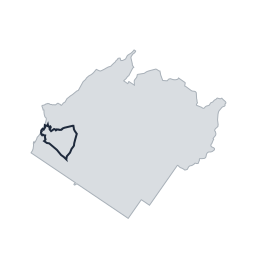 location of Al Ganab, Red Sea, Sudan, rotated 214°
{"feature_id": "16777658B97228063474151", "entity_name": "Al Ganab", "entity_type": "district", "adm_level": 2, "iso_a3": "SDN", "parent_name": "Sudan", "parent_adm1": "Red Sea", "projection": "robinson", "projection_center": [36.252, 19.345], "detail": "medium", "context": "in_parent", "style": "outline", "palette": "slate", "viewbox_px": 256, "rotation_deg": 214, "n_neighbors": 0, "source": "geoboundaries", "source_scale": "gbopen_adm2", "svg_char_len": 4799}
<svg xmlns="http://www.w3.org/2000/svg" viewBox="0 0 256 256"><g transform="rotate(214 128 128)"><path d="M166.6,196.1L164.7,196.1L164.5,195.6L164.6,194.2L164.8,193.2L165.5,191.5L165.3,190.6L165.4,189.3L164.9,187.9L160.4,183.7L159.5,182.5L157.1,181.5L157.6,180.3L156.6,171.7L157.1,170.7L157.2,169.1L157.2,167.8L157.8,165.6L157.9,164.7L153.1,164.6L153.0,165.6L153.3,166.6L153.2,167.0L146.6,167.1L149.2,170.5L149.4,171.9L149.2,173.8L149.2,175.0L149.4,175.7L150.1,177.3L150.0,177.5L149.9,177.9L145.1,182.4L144.3,184.5L143.7,185.6L142.3,187.4L138.0,192.3L137.3,192.6L134.0,192.7L133.7,192.9L133.4,193.1L130.5,190.2L125.8,186.8L122.6,188.6L121.8,189.2L121.7,190.9L121.3,191.7L120.4,192.6L118.1,193.2L116.9,193.7L115.5,194.6L114.1,196.1L114.0,196.9L114.1,197.7L106.1,197.6L105.6,197.0L104.5,194.5L103.6,194.7L96.4,194.4L95.3,194.6L93.2,195.7L92.2,195.8L91.1,195.4L87.3,190.4L86.5,189.8L85.6,188.6L84.8,188.0L84.5,187.7L84.5,187.1L84.5,186.0L84.2,185.3L83.6,185.2L78.5,186.3L77.7,186.2L76.7,186.4L76.3,186.6L75.9,187.3L75.8,188.7L75.6,189.3L75.2,190.1L73.7,191.8L73.4,192.5L73.5,194.4L73.4,195.4L73.1,195.8L72.5,196.5L72.3,196.9L72.0,199.3L71.2,200.8L71.0,201.3L70.9,202.3L70.8,202.7L68.5,203.5L67.6,204.0L67.1,204.8L66.9,205.2L65.9,204.9L64.7,204.7L62.2,204.4L61.3,204.0L60.8,203.5L61.0,202.0L60.7,201.7L60.4,201.4L60.1,200.8L60.2,200.1L61.4,198.4L61.7,197.5L62.1,193.3L62.0,192.0L61.0,189.6L58.7,185.5L58.2,184.7L55.3,181.4L55.0,180.9L54.3,179.5L55.1,176.4L55.1,175.5L55.0,174.6L54.2,174.0L53.6,173.9L52.7,173.1L52.2,172.7L51.7,172.0L51.3,170.9L51.6,167.3L51.5,166.8L50.7,166.6L50.6,166.4L50.6,165.7L50.2,163.6L49.8,161.9L50.0,160.9L49.4,159.6L48.3,159.1L45.9,159.5L45.2,159.4L44.7,159.2L44.4,158.7L44.2,158.1L44.4,157.3L45.0,155.7L45.9,154.5L47.6,153.3L48.0,152.7L48.3,152.0L48.4,151.2L48.3,150.4L48.1,149.6L47.6,148.6L47.2,147.4L47.2,146.6L47.4,146.1L47.8,145.4L49.5,144.0L51.2,142.9L51.5,142.5L51.4,142.0L50.7,141.1L50.4,139.3L50.0,138.1L50.9,137.1L51.5,136.8L52.5,136.5L52.9,136.1L53.1,135.4L53.0,134.6L53.4,134.1L53.9,133.0L54.3,132.4L55.6,131.1L55.9,130.2L56.0,129.4L55.7,126.9L56.5,125.8L57.4,124.9L58.8,125.0L61.0,124.8L62.4,124.4L63.5,124.5L65.8,124.9L66.1,124.7L66.2,124.1L67.0,76.0L76.8,76.0L76.9,75.9L77.3,53.2L138.7,53.2L139.2,53.1L140.2,51.0L140.6,50.8L141.2,50.9L141.4,51.4L140.9,53.2L194.5,53.2L194.6,55.8L195.1,57.8L196.6,60.8L197.9,62.4L198.3,63.3L198.4,63.7L198.3,64.1L197.9,63.6L197.3,63.3L197.2,64.7L197.5,67.6L198.1,69.6L197.7,71.4L197.7,74.6L198.4,78.3L198.3,80.7L199.4,86.3L200.5,89.4L201.1,90.2L201.8,90.6L203.1,90.8L205.0,92.4L206.5,94.1L207.0,94.9L207.8,95.9L208.3,95.7L208.6,95.5L209.1,96.2L211.5,97.9L211.8,98.7L211.0,99.4L210.0,100.7L209.5,102.0L209.2,102.3L208.4,103.1L208.3,103.5L207.9,103.7L207.6,103.7L206.8,104.1L206.0,104.0L205.3,104.2L205.0,104.5L204.4,104.8L203.6,104.9L202.4,105.9L201.3,106.4L200.9,106.9L200.3,108.9L199.9,109.4L198.3,109.5L197.5,109.7L196.5,109.4L195.9,109.5L195.8,109.9L195.6,111.7L195.6,112.4L194.7,114.4L195.0,118.2L194.1,121.0L194.0,121.6L193.1,123.8L192.7,124.7L191.5,128.8L191.1,130.1L190.2,131.4L191.1,141.4L190.3,144.5L190.4,146.2L189.8,148.6L189.4,149.8L188.6,151.1L188.0,152.7L187.5,154.7L187.1,158.5L187.0,158.9L184.1,159.3L183.2,159.6L182.6,160.0L181.9,161.0L180.4,163.7L179.6,165.4L178.4,167.6L177.0,169.3L176.7,170.0L176.5,171.5L176.0,173.8L175.5,175.4L175.6,176.7L175.1,179.0L175.2,180.1L174.7,180.7L174.0,181.3L173.6,181.5L171.6,179.9L170.2,181.0L169.3,182.5L168.6,183.9L169.0,187.1L169.0,187.8L168.8,188.5L167.4,191.6L167.0,193.0L166.6,195.5L166.6,196.1Z" fill="#d9dde1" stroke="#a8b0b8" stroke-width="1"/><path d="M165.3,88.8L167.2,94.5L170.5,95.8L172.1,96.7L172.8,97.5L174.5,99.3L175.0,99.0L180.9,92.6L181.0,92.4L181.9,91.1L182.1,90.6L181.9,90.2L182.5,88.9L183.1,88.7L183.9,88.0L184.6,88.0L184.8,87.7L186.2,87.1L186.2,86.2L186.5,85.7L187.5,86.1L188.7,85.8L190.0,82.4L191.9,83.0L192.5,83.3L192.3,85.1L192.8,85.7L193.4,85.9L193.9,84.7L195.6,85.2L196.3,85.9L196.1,85.0L196.1,84.5L198.5,83.9L197.8,82.9L197.1,82.3L197.0,79.4L198.2,79.4L198.2,79.5L198.3,79.6L198.2,79.8L198.3,79.8L198.4,79.5L198.4,79.4L198.4,79.5L198.4,79.4L198.4,78.9L198.4,78.7L198.4,78.4L198.4,78.2L198.5,77.9L198.4,77.8L198.5,77.8L198.5,77.7L198.4,77.7L198.4,77.8L198.4,77.7L198.4,77.8L198.4,77.7L198.3,77.4L198.2,77.1L198.1,76.9L198.0,76.7L197.9,76.6L197.9,76.3L197.8,76.2L197.7,75.9L197.7,75.7L196.3,74.3L195.1,74.0L194.9,74.9L193.1,75.1L192.5,75.5L192.4,75.3L192.2,74.5L192.0,74.2L191.4,73.7L190.8,72.9L190.6,72.8L190.2,72.7L189.9,72.3L190.1,71.2L190.1,70.6L190.2,70.3L186.9,70.2L184.7,71.2L174.7,70.1L168.4,68.2L165.1,68.1L161.7,67.5L161.8,67.6L161.8,67.8L161.9,68.0L162.0,68.5L162.3,69.0L162.5,69.5L162.6,69.8L162.9,70.2L162.3,75.1L163.1,79.2L162.9,82.4L163.0,83.3L163.6,84.4L164.1,85.4L165.3,88.8Z" fill="none" stroke="#1e293b" stroke-width="2"/></g></svg>